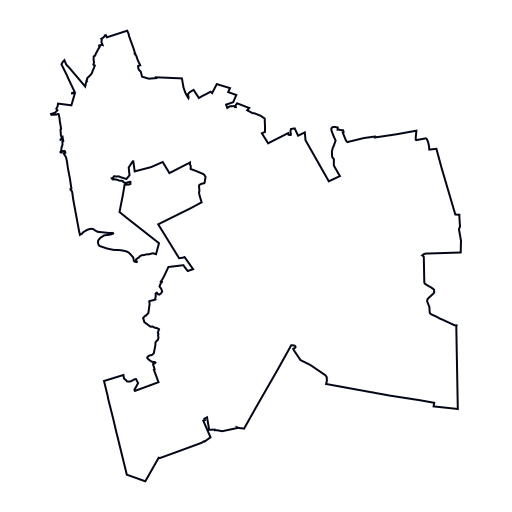 outline of Independenta, Constanta, Romania
{"feature_id": "2599482B49853349653929", "entity_name": "Independenta", "entity_type": "district", "adm_level": 2, "iso_a3": "ROU", "parent_name": "Romania", "parent_adm1": "Constanta", "projection": "natural_earth1", "projection_center": [28.039, 43.934], "detail": "fine", "context": "isolated", "style": "outline", "palette": "ink", "viewbox_px": 512, "rotation_deg": 0, "n_neighbors": 0, "source": "geoboundaries", "source_scale": "gbopen_adm2", "svg_char_len": 5894}
<svg xmlns="http://www.w3.org/2000/svg" viewBox="0 0 512 512"><path d="M104.0,381.0L107.8,396.5L108.1,398.6L113.1,418.3L116.5,432.9L117.3,435.9L126.8,474.7L145.3,481.3L158.7,457.7L159.8,458.1L201.6,442.8L204.0,441.3L204.4,441.2L204.6,441.5L205.9,440.6L210.5,437.3L203.3,420.7L204.8,420.2L204.3,418.8L207.0,417.3L209.2,429.8L214.7,429.6L214.8,430.2L217.9,430.3L218.3,430.5L222.3,431.2L237.8,427.9L237.5,427.5L239.0,428.0L244.1,428.6L256.4,406.7L278.2,368.7L291.2,345.3L291.5,345.2L294.6,345.6L295.5,346.6L295.5,347.1L295.2,347.7L294.3,348.3L293.2,348.9L293.9,350.3L300.5,360.1L309.2,364.4L311.1,365.5L325.6,375.4L326.7,377.1L326.9,380.7L326.1,384.0L389.8,395.6L420.3,400.3L434.2,402.8L433.6,406.4L457.8,409.0L456.3,327.3L456.6,325.4L454.6,325.3L441.1,319.0L440.8,319.1L436.1,316.5L431.2,314.3L430.0,313.3L429.7,312.4L429.4,307.1L427.1,301.2L427.3,299.9L427.8,298.7L433.6,293.4L434.2,292.5L434.1,290.1L433.7,289.3L431.2,287.5L426.9,285.1L424.9,283.7L424.3,282.6L423.8,257.0L423.5,256.3L422.2,255.4L423.7,254.2L425.4,253.6L460.7,252.5L461.0,240.7L459.0,229.6L459.2,228.4L460.0,226.7L459.5,219.1L459.3,215.6L459.4,214.8L455.3,214.5L441.6,168.0L436.4,148.8L429.3,149.6L429.0,146.1L428.4,143.3L427.8,141.2L427.0,139.4L426.2,138.5L425.5,138.4L416.4,140.1L415.8,139.9L415.7,137.9L416.4,130.7L396.4,134.3L375.4,137.4L375.7,136.8L375.2,136.5L364.1,138.0L347.3,142.1L346.5,141.3L345.7,139.9L342.7,132.5L343.6,132.0L343.1,130.3L340.8,130.1L338.8,129.6L337.6,129.7L337.7,127.5L334.7,126.9L332.8,127.1L331.8,127.8L331.5,128.3L331.3,129.0L331.5,130.6L333.2,135.2L335.6,140.6L333.6,146.2L332.7,148.1L331.9,151.5L332.1,156.4L332.5,157.6L333.9,159.2L333.8,165.0L334.2,166.2L339.9,176.1L328.8,181.3L305.5,140.2L304.8,132.4L298.1,135.7L294.7,128.4L291.0,129.0L290.6,130.5L290.5,131.8L290.9,134.6L290.7,135.0L288.6,134.8L288.2,133.1L268.1,143.3L261.9,133.3L265.0,131.9L265.0,126.5L264.7,118.5L260.3,115.6L254.4,113.3L252.7,113.2L247.2,110.3L249.2,108.0L237.1,103.3L235.5,105.5L235.8,107.1L235.0,107.1L234.8,106.1L229.9,106.3L227.3,107.9L226.1,104.6L233.2,102.2L236.3,95.0L228.2,92.1L230.0,88.1L216.8,84.1L212.1,93.1L210.5,91.7L206.2,94.1L202.9,95.7L198.9,98.0L193.6,89.9L189.8,92.1L187.9,94.2L187.8,94.7L188.3,95.9L188.6,97.3L188.4,98.1L186.4,94.8L185.2,92.4L183.5,87.5L181.9,78.4L156.0,77.3L156.2,78.1L148.8,78.7L142.1,76.7L140.8,71.9L140.5,71.3L139.6,70.6L138.8,69.6L138.2,67.8L138.1,66.0L140.2,65.3L137.8,60.3L136.4,56.1L135.4,54.5L135.0,54.3L134.7,53.8L135.2,53.4L134.5,51.9L134.2,50.3L128.9,35.7L128.9,35.0L128.6,33.9L127.2,30.7L106.9,37.3L105.9,35.2L104.8,35.4L104.6,36.3L103.0,37.8L101.3,38.8L101.6,39.1L101.8,39.8L101.5,41.4L101.5,42.6L102.3,44.0L102.6,45.1L101.5,44.8L101.1,45.1L99.2,45.4L99.1,46.1L99.7,46.5L99.6,47.2L98.6,48.5L95.5,54.3L95.2,55.6L93.7,56.4L93.6,59.8L94.0,62.6L93.4,64.6L94.1,65.2L94.8,65.5L93.6,68.8L92.7,70.7L92.1,72.7L90.7,74.8L87.3,78.1L87.1,78.6L87.1,79.5L86.5,80.4L86.5,80.8L87.0,81.3L86.1,82.2L85.2,86.5L69.4,67.9L66.2,64.5L64.4,60.2L62.7,62.0L61.5,64.4L66.8,75.1L68.5,79.0L74.6,91.8L74.6,92.1L72.0,93.1L72.0,93.4L74.9,93.2L71.4,105.3L58.0,103.6L57.6,106.4L56.3,108.8L57.4,110.3L54.9,112.8L51.0,114.0L51.4,114.8L56.2,114.6L58.1,114.0L58.7,114.2L59.5,118.2L59.9,121.8L61.1,128.8L61.1,129.0L60.5,129.4L60.9,135.2L61.5,136.9L62.5,136.6L62.7,138.1L61.7,138.8L60.8,139.1L60.6,139.3L60.6,139.8L63.0,139.5L63.3,141.1L62.4,141.8L62.5,144.7L61.5,147.6L61.2,150.8L60.4,152.0L61.1,152.6L62.5,151.2L64.4,150.9L64.7,151.1L65.2,151.9L65.3,152.9L63.9,153.1L63.6,153.3L66.0,157.2L66.9,161.1L68.0,168.8L69.8,178.0L71.4,188.5L70.4,189.1L70.6,189.9L71.8,191.0L72.3,192.7L73.2,199.4L79.0,230.7L79.9,234.9L82.1,233.6L83.1,232.3L86.9,230.0L88.6,229.3L91.3,228.8L92.5,228.9L93.4,229.2L94.9,230.3L97.6,231.8L109.3,233.0L112.8,232.9L113.2,233.4L113.0,233.7L110.2,234.6L104.1,235.4L100.7,237.6L99.1,239.2L98.3,240.4L98.0,242.0L98.1,243.4L98.6,244.8L99.6,246.0L106.7,248.4L109.6,249.1L113.8,249.9L119.9,250.1L123.5,250.7L126.6,251.5L127.7,252.0L128.8,252.7L129.9,253.7L133.2,257.4L133.4,258.6L133.8,260.0L133.8,260.9L134.8,261.7L135.6,261.9L136.7,262.1L136.9,261.9L136.0,260.1L136.1,259.5L136.4,259.1L138.7,257.6L140.1,256.1L142.1,255.1L143.9,255.1L146.5,254.3L148.9,254.3L152.6,253.3L153.9,253.5L156.0,254.2L159.0,243.2L126.0,217.3L119.5,212.0L122.8,195.4L124.6,184.7L128.8,184.6L130.4,184.0L130.4,181.9L129.5,181.9L125.4,183.0L123.3,182.0L122.9,181.2L122.3,180.8L119.6,180.7L116.4,179.5L112.6,179.4L111.8,178.3L113.4,177.9L113.5,176.8L114.1,176.2L116.0,176.5L118.9,176.4L120.1,177.0L126.4,179.0L129.5,175.3L128.7,167.5L132.2,162.1L132.8,161.3L133.3,161.3L134.7,171.4L151.1,167.1L162.7,162.0L169.4,173.1L190.0,162.5L189.9,164.5L190.6,165.7L190.8,166.5L190.6,169.0L196.1,171.0L203.6,174.2L204.1,174.6L205.5,176.8L205.5,177.6L205.1,179.0L204.8,181.8L204.3,183.2L202.2,183.6L200.6,184.2L199.6,184.8L199.0,185.5L199.4,191.2L199.0,192.2L199.4,194.9L201.6,202.3L190.7,208.2L158.2,224.3L179.1,258.2L182.4,257.8L184.6,257.1L193.1,269.2L187.7,271.0L185.0,267.5L183.4,265.2L168.4,267.0L164.4,275.6L162.5,279.1L161.0,281.4L161.7,281.5L162.0,281.9L160.9,283.2L160.2,284.5L159.5,286.4L160.4,287.7L161.2,288.8L161.8,290.3L162.1,291.6L161.7,292.4L160.4,293.9L159.2,294.6L158.2,294.4L156.8,292.7L155.6,293.6L155.7,296.4L155.2,298.7L155.5,299.4L155.1,299.7L149.4,301.1L149.2,301.4L149.6,304.0L148.4,312.9L146.0,315.6L145.3,315.7L143.1,318.0L144.4,322.2L150.4,326.6L151.4,326.7L152.5,326.5L154.5,327.6L157.1,328.2L159.0,329.2L157.8,332.8L158.5,334.1L158.0,335.5L158.5,337.7L157.9,339.9L156.5,341.0L155.4,342.7L155.4,345.1L153.8,353.2L152.6,354.5L151.8,355.0L149.2,355.6L147.7,356.7L147.2,357.7L148.2,359.2L151.2,361.4L152.6,361.9L154.8,362.1L155.4,362.6L154.6,363.4L153.0,364.1L154.6,369.4L153.9,369.8L158.5,382.2L134.9,390.9L134.4,389.7L135.6,387.7L138.1,383.1L136.0,379.1L134.5,379.3L131.5,381.0L129.7,381.6L126.9,381.4L126.0,380.1L124.0,378.6L123.4,375.0L104.0,381.0Z" fill="none" stroke="#020617" stroke-width="2"/></svg>